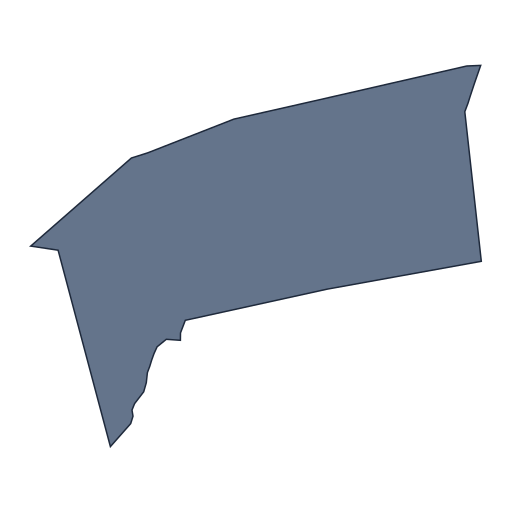 Parazinho, Rio Grande do Norte, Brazil
{"feature_id": "56859067B43520883342658", "entity_name": "Parazinho", "entity_type": "district", "adm_level": 2, "iso_a3": "BRA", "parent_name": "Brazil", "parent_adm1": "Rio Grande do Norte", "projection": "mercator", "projection_center": [-35.954, -5.303], "detail": "fine", "context": "isolated", "style": "filled", "palette": "slate", "viewbox_px": 512, "rotation_deg": 0, "n_neighbors": 0, "source": "geoboundaries", "source_scale": "gbopen_adm2", "svg_char_len": 509}
<svg xmlns="http://www.w3.org/2000/svg" viewBox="0 0 512 512"><path d="M30.7,246.1L58.1,250.2L110.4,446.6L130.7,423.6L133.0,416.2L132.0,410.0L134.6,403.6L143.7,391.8L146.3,382.7L147.4,372.6L149.8,366.2L151.7,360.0L154.0,353.6L157.1,346.8L166.3,339.3L180.4,340.3L180.5,332.9L185.3,320.3L326.9,289.2L393.8,277.1L481.3,261.3L464.8,111.7L468.0,103.2L470.2,96.2L474.5,83.2L480.7,65.4L466.7,66.0L313.9,101.0L233.9,119.1L147.8,152.8L131.4,158.0L30.7,246.1Z" fill="#64748b" stroke="#1e293b" stroke-width="1.5"/></svg>